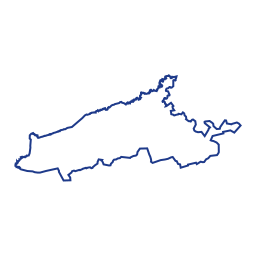 Itas/Gadau, Bauchi, Nigeria
{"feature_id": "59680162B90895100901083", "entity_name": "Itas/Gadau", "entity_type": "district", "adm_level": 2, "iso_a3": "NGA", "parent_name": "Nigeria", "parent_adm1": "Bauchi", "projection": "albers", "projection_center": [9.915, 11.886], "detail": "fine", "context": "isolated", "style": "outline", "palette": "blue", "viewbox_px": 256, "rotation_deg": 0, "n_neighbors": 0, "source": "geoboundaries", "source_scale": "gbopen_adm2", "svg_char_len": 5801}
<svg xmlns="http://www.w3.org/2000/svg" viewBox="0 0 256 256"><path d="M27.3,171.0L32.7,171.4L34.7,172.2L37.7,172.6L40.0,172.6L45.9,171.0L57.7,168.4L59.0,170.9L58.9,171.8L63.6,180.5L70.4,180.3L70.2,177.5L68.4,174.9L71.5,172.5L72.1,171.2L74.0,170.6L75.2,171.2L79.3,169.9L79.9,170.2L82.6,169.0L82.7,168.8L85.9,167.8L86.3,168.3L88.0,167.6L90.1,167.3L91.3,168.2L92.5,167.9L92.7,167.3L95.1,165.2L97.5,163.6L97.6,161.9L98.7,159.4L102.1,159.9L101.6,160.6L102.0,160.8L102.9,162.5L103.6,164.4L109.1,165.5L110.5,165.3L110.9,163.8L112.8,161.9L113.1,160.7L114.0,159.7L116.3,159.4L117.6,158.5L119.9,158.1L121.2,156.9L130.1,157.9L130.3,157.5L133.4,156.0L135.9,155.6L137.1,154.5L137.5,152.0L139.9,148.6L147.2,148.4L149.3,154.6L150.2,156.5L151.0,159.2L151.2,160.9L151.0,161.7L152.6,162.9L160.7,160.1L164.9,159.5L168.0,158.8L171.2,157.3L172.7,157.0L175.5,160.9L176.8,161.2L178.0,163.9L180.1,164.4L180.7,167.7L188.0,165.5L188.0,164.6L196.0,162.7L196.8,164.1L200.6,161.7L202.9,162.2L204.2,162.0L206.1,159.3L208.2,158.3L210.3,155.9L217.0,155.1L218.3,153.3L218.8,152.1L218.7,144.6L216.6,142.5L213.4,141.0L212.0,140.8L210.7,140.3L212.6,136.0L223.4,133.4L223.1,131.9L230.4,130.4L234.3,132.6L240.6,125.5L238.9,123.6L236.9,122.5L232.0,123.9L231.5,124.3L226.9,123.5L226.1,120.5L224.9,120.3L220.3,126.9L219.8,128.8L216.7,129.0L213.5,126.1L213.2,123.8L212.3,122.9L209.6,121.0L205.1,121.5L204.5,122.0L204.8,123.2L210.0,127.4L208.7,128.7L208.5,129.7L204.7,136.1L201.5,131.9L198.0,132.2L195.6,131.5L194.3,130.5L193.7,128.6L195.8,124.6L195.3,121.2L193.0,119.5L192.0,119.8L190.8,121.4L190.4,121.0L189.1,121.3L188.3,120.9L186.0,119.2L186.3,118.7L186.0,116.6L184.6,115.4L184.2,113.4L182.9,112.4L181.4,114.3L178.5,113.8L178.2,114.4L176.1,114.8L174.5,115.4L173.9,115.3L173.5,114.8L171.3,114.2L170.8,110.9L174.2,110.3L172.8,108.2L172.5,106.8L173.4,106.0L171.0,102.8L166.4,106.1L165.7,106.3L166.3,104.9L166.1,104.3L165.0,103.7L164.9,102.2L164.1,101.6L162.7,101.9L162.5,101.5L162.8,100.7L163.6,100.4L164.2,98.4L164.6,98.0L165.2,98.0L165.8,98.8L166.1,98.8L166.9,98.4L167.4,97.4L167.5,95.7L167.8,95.5L169.4,95.4L169.6,94.9L168.1,91.4L166.0,90.9L165.9,90.4L166.2,89.2L166.6,88.6L168.2,88.2L169.5,87.0L170.0,87.0L170.8,87.7L171.7,87.6L173.3,86.2L173.3,80.4L173.8,80.1L175.3,80.5L175.7,80.1L175.5,79.1L176.1,78.1L176.5,76.4L173.8,77.1L172.8,76.8L172.4,77.2L172.3,77.6L171.5,78.1L170.8,78.1L170.8,76.7L169.8,76.6L169.3,75.6L168.9,75.5L168.9,76.0L166.9,76.0L165.4,76.4L165.1,76.9L165.2,78.0L165.4,78.3L166.1,78.0L166.3,78.3L166.1,78.6L165.2,78.9L164.7,78.8L164.6,79.4L163.9,79.4L162.3,79.0L162.2,79.4L163.0,79.9L163.1,81.5L162.9,81.7L161.1,80.9L161.1,80.0L160.5,80.2L160.5,80.7L160.0,81.0L159.8,81.5L160.0,82.1L159.8,82.6L159.4,82.9L159.5,83.9L160.2,83.5L160.7,84.4L161.8,85.0L161.9,85.7L162.2,85.9L162.1,86.3L161.7,86.8L161.0,86.8L160.9,86.6L159.8,86.5L159.6,86.1L159.1,86.0L158.5,86.2L158.4,86.7L159.1,87.2L159.2,87.5L158.5,87.5L157.6,89.1L157.0,89.3L156.9,89.5L157.4,89.6L157.3,90.0L157.1,90.4L156.7,90.7L156.6,91.1L154.0,90.6L154.1,90.2L153.8,90.0L153.3,90.8L152.4,91.1L151.9,90.6L151.5,90.6L151.1,89.8L150.5,89.8L150.1,90.1L149.8,90.9L150.5,91.7L150.1,92.4L148.8,92.5L148.7,92.8L149.2,93.1L149.1,93.4L148.6,93.5L147.6,93.3L146.9,93.8L145.6,93.8L145.2,93.4L144.7,93.7L144.4,93.2L144.0,93.4L143.5,93.2L143.3,92.8L142.2,93.0L141.8,92.9L141.6,92.4L141.2,92.4L141.0,92.6L141.0,93.6L141.3,94.2L140.8,95.1L140.1,95.5L140.0,95.8L140.0,96.7L140.9,97.5L140.6,97.7L140.5,98.6L140.2,99.0L139.6,98.7L139.2,99.5L138.6,99.7L138.1,98.3L137.6,98.1L136.7,98.7L136.9,98.2L136.8,97.8L136.5,97.9L136.2,98.4L136.4,98.8L136.1,99.5L135.7,99.5L135.4,99.1L134.6,99.6L134.1,99.6L134.2,100.5L133.7,100.7L133.7,100.4L133.4,100.2L132.8,100.3L132.9,100.6L132.5,101.1L133.4,101.5L133.2,101.8L132.4,101.8L132.3,101.4L131.7,101.1L130.9,101.4L130.5,101.7L130.6,102.2L130.0,102.4L130.0,103.3L129.2,103.1L128.6,103.2L128.5,103.5L128.3,103.5L128.4,102.5L127.9,102.5L127.8,102.8L127.5,102.5L127.0,102.9L126.6,103.8L125.7,103.8L125.6,104.3L124.0,103.2L122.0,102.7L121.4,101.9L120.1,102.1L119.8,102.6L119.0,103.1L114.9,104.1L113.8,104.8L112.8,104.9L111.5,105.5L109.5,107.5L108.7,107.1L108.0,107.7L107.6,109.4L107.3,109.7L105.9,109.9L105.4,109.5L105.1,109.3L105.1,108.8L105.4,108.6L105.1,108.1L103.0,108.8L103.0,109.3L102.7,109.5L101.3,109.6L101.3,110.0L100.3,109.9L100.1,110.5L99.9,110.7L99.6,110.4L98.5,110.4L98.3,111.0L97.7,110.4L97.4,110.9L96.4,111.0L96.3,111.5L95.6,111.8L95.6,112.6L94.0,112.4L93.8,112.6L93.4,112.5L91.7,112.7L91.5,113.0L90.9,113.0L90.3,113.6L90.0,113.6L90.0,113.9L89.5,114.1L87.2,114.8L86.5,114.5L84.9,115.4L82.3,118.1L71.9,127.0L67.3,127.9L65.3,129.2L64.7,129.3L64.1,129.1L63.1,129.7L60.5,130.2L60.3,130.7L59.7,130.8L59.6,131.2L58.4,131.2L58.3,131.6L57.9,131.8L57.2,131.8L55.4,132.5L53.3,133.0L53.1,133.3L51.5,133.9L50.8,134.5L50.4,134.0L49.8,134.1L49.8,134.3L49.4,134.3L49.2,134.8L47.2,135.2L45.6,135.8L45.0,135.7L44.7,136.0L43.4,136.2L42.9,136.6L41.3,136.9L38.8,137.8L38.4,137.4L37.9,137.7L37.7,137.5L37.5,136.7L37.2,136.5L37.5,135.5L37.0,135.4L36.8,135.1L36.2,135.3L35.8,135.1L35.5,135.4L35.1,135.3L35.0,134.7L34.5,134.7L34.2,134.0L33.5,134.0L33.6,133.6L33.1,133.0L31.2,133.8L29.8,135.3L29.7,138.6L30.8,139.6L30.3,145.8L30.4,147.7L29.6,153.4L28.7,155.5L27.6,155.6L27.1,155.9L26.7,155.7L26.4,156.4L25.7,156.4L25.6,156.7L25.1,156.7L25.0,157.2L24.1,157.1L23.9,156.9L22.9,157.3L22.7,156.9L22.2,156.7L21.2,157.0L21.7,157.6L21.7,158.0L20.8,158.2L20.9,158.7L19.9,159.3L19.4,159.3L19.6,160.1L18.8,161.0L18.3,161.0L17.9,162.2L17.3,162.0L17.1,161.7L17.1,162.2L17.4,162.5L17.7,162.5L17.5,163.0L17.3,163.2L17.2,162.7L16.9,162.9L16.4,163.9L15.7,163.6L15.4,164.9L15.4,165.9L16.5,166.3L16.5,167.1L17.4,167.1L18.0,167.7L18.4,167.6L18.5,167.2L18.2,166.9L19.2,166.9L19.4,167.1L18.8,167.2L18.8,167.8L20.8,169.3L27.3,171.0Z" fill="none" stroke="#1e3a8a" stroke-width="2"/></svg>